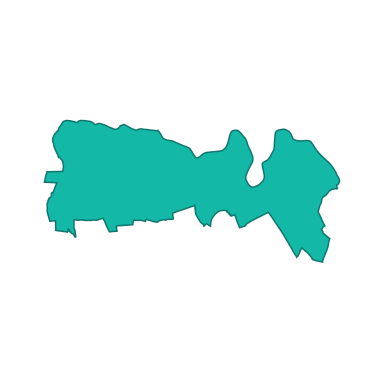 Bogata, Mures, Romania (Albers equal-area conic projection), rotated 253°
{"feature_id": "2599482B98155528688237", "entity_name": "Bogata", "entity_type": "district", "adm_level": 2, "iso_a3": "ROU", "parent_name": "Romania", "parent_adm1": "Mures", "projection": "albers", "projection_center": [24.128, 46.48], "detail": "fine", "context": "isolated", "style": "filled", "palette": "teal", "viewbox_px": 384, "rotation_deg": 253, "n_neighbors": 0, "source": "geoboundaries", "source_scale": "gbopen_adm2", "svg_char_len": 5984}
<svg xmlns="http://www.w3.org/2000/svg" viewBox="0 0 384 384"><g transform="rotate(253 192 192)"><path d="M216.2,303.8L217.6,303.8L219.6,303.3L221.5,302.5L223.4,300.8L224.9,298.9L225.4,297.5L225.9,293.4L225.8,291.6L225.4,290.5L224.7,289.5L223.7,288.8L217.5,286.2L210.0,283.4L208.5,282.6L207.0,281.2L203.3,277.4L201.8,275.6L200.8,274.1L200.3,273.0L200.0,271.0L199.4,268.7L198.9,267.9L198.3,267.4L196.5,266.9L187.4,266.1L184.9,265.5L184.3,265.1L183.3,264.4L182.1,263.4L180.9,261.5L179.7,259.0L179.2,257.5L178.8,255.3L178.6,252.8L179.2,250.6L180.3,249.5L182.1,248.5L184.3,247.8L187.3,247.3L189.3,247.3L191.4,248.1L193.6,249.7L196.9,252.4L202.5,258.0L203.7,259.0L204.9,259.6L207.0,260.2L208.9,260.3L214.5,260.0L217.6,259.4L220.4,259.1L224.4,259.1L227.4,258.7L234.9,255.5L236.7,254.4L237.5,253.6L238.0,252.8L238.6,250.7L238.6,249.4L238.6,248.3L238.3,247.6L237.8,246.9L236.5,245.7L234.2,244.1L229.9,241.6L226.7,239.3L225.2,237.9L224.2,236.5L223.6,235.3L222.8,232.9L222.8,231.9L223.4,228.1L225.1,219.9L225.5,217.9L225.6,216.4L225.5,214.9L225.1,213.4L223.3,209.2L222.9,207.4L223.1,206.8L223.3,206.4L223.7,205.9L224.7,205.4L226.5,204.7L227.9,204.3L230.3,203.8L232.6,203.1L234.5,202.3L235.5,201.4L237.1,199.6L238.7,197.4L242.3,193.1L245.7,189.2L246.8,187.8L248.3,184.4L248.9,183.3L250.5,181.3L251.5,180.3L252.7,179.7L256.2,179.0L259.0,178.2L260.3,177.5L260.9,177.4L260.9,176.2L261.9,173.9L263.0,171.3L265.2,166.5L265.9,164.5L267.2,162.0L267.4,160.8L267.6,160.1L267.6,159.6L267.5,159.0L267.4,158.1L267.4,156.4L267.7,156.1L270.1,153.0L272.5,150.7L276.2,147.1L276.4,146.5L276.3,142.7L275.7,142.5L274.3,139.7L274.2,139.1L274.1,138.6L274.2,137.9L274.6,136.2L278.7,131.3L281.0,128.8L282.8,126.5L284.0,124.6L284.8,123.2L284.7,120.0L284.7,119.4L284.8,119.0L286.9,117.7L287.7,117.1L289.1,115.6L290.8,112.1L291.7,110.1L292.3,108.4L292.7,107.3L293.0,106.0L293.0,105.0L292.9,104.3L292.0,102.4L294.2,99.0L295.6,96.6L296.4,94.7L297.2,92.6L297.1,89.7L295.6,87.5L295.0,87.0L293.3,85.1L292.9,84.2L292.5,83.7L289.5,81.5L289.1,81.1L289.2,80.7L289.3,80.6L289.2,80.3L288.8,79.7L288.6,79.4L287.5,77.6L287.1,77.1L284.8,75.1L283.2,74.1L282.9,74.0L281.9,73.9L281.2,73.6L279.9,73.8L278.5,73.8L277.9,73.6L275.8,73.4L272.8,73.6L269.6,74.0L268.8,74.1L268.3,74.3L266.4,74.5L264.0,74.5L264.0,75.1L264.0,75.3L264.0,75.5L263.7,75.6L263.1,75.8L262.8,76.0L260.5,76.8L260.3,77.1L260.0,77.0L258.9,77.2L258.6,77.4L252.9,76.2L249.5,74.4L253.7,59.3L251.9,58.2L250.5,57.0L249.5,56.4L245.8,54.5L244.5,53.7L243.9,55.7L241.9,61.0L242.0,61.0L240.2,65.5L238.9,64.3L236.4,62.3L234.4,60.8L232.0,59.1L232.5,58.2L231.6,57.0L231.2,56.9L230.2,56.8L228.4,55.5L228.1,55.1L228.0,54.8L228.1,54.2L228.0,53.8L227.6,53.3L226.5,52.5L226.3,52.2L225.9,51.9L225.5,51.8L224.6,51.1L223.4,50.3L221.9,49.6L221.5,49.6L219.2,49.0L218.1,48.6L216.8,48.1L215.7,47.8L205.6,47.5L205.2,49.7L204.5,53.0L197.3,51.2L195.1,50.4L190.1,61.3L191.4,62.3L192.7,62.9L191.5,63.6L191.2,63.6L190.4,63.3L190.0,63.3L189.7,63.4L189.4,63.9L188.9,64.6L187.9,64.6L186.1,66.6L185.4,66.5L185.0,67.0L184.3,66.6L183.9,66.9L183.4,66.9L182.9,67.4L183.1,67.7L184.4,68.0L187.4,68.5L189.7,68.8L190.4,68.8L191.3,68.6L192.4,68.7L199.9,71.0L199.5,72.2L198.8,73.5L198.4,74.5L197.8,77.5L197.6,78.0L197.0,79.6L196.2,81.2L195.9,81.9L195.4,83.6L194.8,85.9L194.3,87.0L194.2,87.3L194.3,87.7L194.2,89.0L194.0,89.9L193.0,92.1L192.9,92.9L192.9,99.0L191.4,99.5L189.9,99.8L185.4,100.3L185.2,100.2L181.0,100.9L178.0,101.5L177.4,104.7L176.4,108.8L181.7,109.7L178.0,125.8L182.2,127.7L180.3,133.2L179.9,134.8L177.6,138.9L179.2,140.0L176.7,144.1L175.6,145.5L175.1,146.3L173.6,149.1L173.4,149.6L173.3,150.5L173.8,151.5L174.0,152.4L174.0,153.6L174.0,155.4L173.8,156.6L173.3,157.7L172.7,158.7L172.7,159.0L172.9,159.2L173.2,159.4L172.4,162.8L171.9,164.4L171.7,165.3L171.6,165.8L171.6,166.0L172.2,166.4L175.1,166.8L177.4,167.3L177.6,170.1L177.8,173.7L177.9,180.5L178.1,185.6L178.2,189.9L178.4,190.7L177.6,190.7L176.4,190.4L175.3,190.0L173.4,189.8L172.1,189.4L169.3,189.2L165.6,190.0L161.0,191.2L158.9,192.3L158.5,192.7L158.3,193.1L157.9,193.4L155.9,193.3L156.0,194.0L156.4,194.3L157.0,195.7L157.3,196.7L153.8,199.7L157.7,201.2L159.5,202.2L161.0,203.5L161.7,204.4L164.1,207.7L165.5,211.1L165.8,213.3L165.3,216.5L164.2,219.7L163.0,219.4L162.9,220.0L161.7,220.2L161.5,221.0L160.1,220.9L160.0,221.3L159.6,221.4L159.6,221.8L158.2,221.8L158.2,222.6L157.5,222.7L157.8,226.3L153.2,226.5L152.7,226.4L150.5,226.5L145.8,226.9L144.5,227.0L143.9,227.1L144.0,232.9L145.5,234.9L146.2,236.1L146.3,237.2L146.1,237.3L146.6,238.2L146.4,238.3L146.8,238.7L147.1,241.2L148.2,247.0L149.2,253.1L149.6,255.0L150.3,258.9L148.7,259.7L146.5,260.4L130.8,265.2L126.9,266.3L124.1,267.1L121.6,267.6L119.5,268.1L119.1,268.3L114.8,269.4L113.6,269.5L109.4,270.6L103.2,271.9L99.4,273.1L99.0,273.1L99.5,274.0L100.3,275.0L102.1,276.8L104.4,278.6L105.4,279.5L106.4,280.8L102.2,283.2L102.3,283.4L99.3,285.1L94.3,287.3L93.1,287.4L92.8,287.2L91.9,287.9L91.3,288.9L90.0,290.6L89.7,291.3L86.8,296.4L87.9,296.8L91.0,299.0L93.1,300.7L96.4,303.5L99.0,305.4L101.2,306.7L103.9,308.0L107.4,310.2L107.8,309.6L114.5,305.3L114.9,305.2L115.3,305.3L115.7,305.6L116.2,305.6L117.8,304.5L118.6,305.5L120.0,307.0L120.4,307.9L120.7,309.2L122.3,308.8L124.0,308.5L128.0,307.9L128.3,308.1L133.8,307.2L135.9,306.8L136.5,307.0L139.1,308.6L142.1,310.6L142.5,311.0L142.8,311.4L143.4,312.0L143.9,312.4L145.5,313.3L147.1,314.0L148.3,315.0L149.0,316.2L149.6,318.8L149.7,319.1L153.1,324.1L153.1,324.7L153.7,326.7L153.8,327.5L153.3,328.3L153.3,329.4L153.2,330.1L152.9,330.7L152.6,331.7L152.8,332.0L153.1,332.3L153.3,332.1L153.7,331.7L154.2,331.9L154.9,332.0L155.1,332.1L156.4,332.4L156.4,333.5L157.0,334.5L157.8,335.3L159.1,336.1L159.9,336.3L161.5,336.5L163.9,336.1L165.3,335.6L168.0,335.4L171.8,334.6L176.0,333.2L180.2,331.4L186.8,327.5L190.7,325.4L195.1,323.5L198.5,322.4L200.9,321.8L203.5,321.0L205.1,320.4L206.2,319.6L206.9,318.6L207.5,317.5L208.9,311.3L209.4,310.0L210.8,306.8L211.3,305.9L213.1,304.3L214.3,304.0L216.2,303.8Z" fill="#14b8a6" stroke="#0f766e" stroke-width="1.5"/></g></svg>